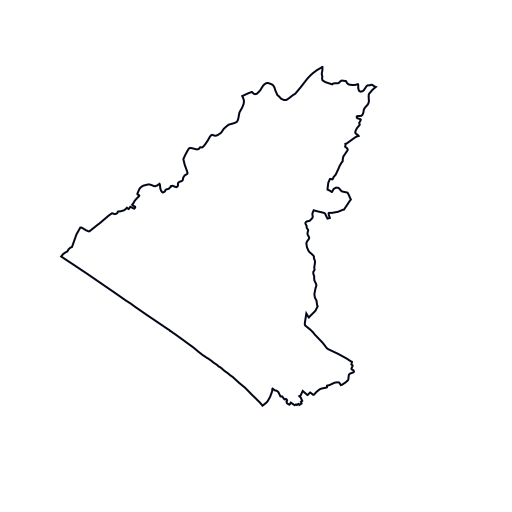 outline of Thang Binh, Quàng Nam, Vietnam, rotated 156°
{"feature_id": "81297802B72056692107631", "entity_name": "Thang Binh", "entity_type": "district", "adm_level": 2, "iso_a3": "VNM", "parent_name": "Vietnam", "parent_adm1": "Quàng Nam", "projection": "mercator", "projection_center": [108.347, 15.708], "detail": "fine", "context": "isolated", "style": "outline", "palette": "ink", "viewbox_px": 512, "rotation_deg": 156, "n_neighbors": 0, "source": "geoboundaries", "source_scale": "gbopen_adm2", "svg_char_len": 6085}
<svg xmlns="http://www.w3.org/2000/svg" viewBox="0 0 512 512"><g transform="rotate(156 256 256)"><path d="M211.4,120.3L212.6,121.8L215.0,125.6L220.8,133.2L228.1,141.7L228.8,143.0L230.4,149.6L234.3,160.4L234.9,163.0L236.3,166.6L238.9,171.6L239.3,172.5L239.3,173.4L238.6,175.0L233.4,183.0L232.8,178.3L232.6,178.3L231.6,178.9L224.9,181.4L223.6,182.1L220.1,185.0L220.1,186.4L218.9,190.7L219.1,194.0L218.4,196.8L218.0,197.7L214.7,202.4L212.9,204.4L212.6,205.2L212.5,206.4L212.6,209.8L211.8,212.4L211.1,213.7L211.0,215.6L210.6,217.2L210.0,218.3L208.4,219.3L207.9,220.1L207.5,221.8L204.5,226.4L204.0,228.7L204.1,230.1L203.3,232.0L203.4,232.9L204.1,234.7L205.5,237.7L205.9,239.2L205.9,243.2L204.9,246.9L204.4,247.7L202.9,248.9L201.0,249.9L200.1,250.9L199.9,251.4L200.1,254.5L200.0,255.2L199.4,256.3L197.8,258.4L197.8,259.0L198.2,261.2L197.5,263.0L197.7,264.9L197.6,265.7L197.4,266.1L196.6,266.7L195.2,266.9L193.3,266.4L192.5,266.4L190.3,267.2L189.1,267.8L188.5,268.3L188.1,269.1L187.5,271.2L187.1,272.0L184.7,274.3L182.5,272.4L177.3,268.5L176.2,267.5L175.7,266.7L175.5,261.1L173.1,260.7L172.7,264.4L172.2,265.6L171.8,265.7L168.8,264.4L162.9,263.0L158.0,262.9L156.8,262.6L151.5,265.9L148.8,267.7L146.4,269.0L146.4,274.3L146.5,276.0L146.8,276.8L151.2,280.0L151.6,280.7L152.6,283.9L153.3,285.0L155.2,285.9L157.7,285.7L160.6,283.6L160.8,283.7L161.9,285.6L163.6,287.5L163.5,288.0L160.1,293.6L157.1,296.3L156.6,296.1L155.1,294.9L154.9,294.9L152.9,296.6L150.1,297.9L144.6,302.7L143.2,304.1L139.9,306.5L138.3,307.3L137.1,309.6L135.7,311.4L129.4,315.3L128.9,316.0L129.0,317.5L129.9,319.0L130.1,319.6L128.9,321.4L128.7,322.1L127.4,321.9L117.9,323.9L116.3,324.1L115.5,324.2L113.4,323.9L113.4,324.3L114.8,326.9L115.2,328.0L114.9,328.9L113.5,330.4L111.8,331.7L108.0,333.6L107.8,333.8L107.7,335.2L107.5,335.7L105.5,337.2L105.0,337.7L104.8,338.1L105.2,338.8L106.9,340.1L107.4,340.7L107.6,341.3L107.2,342.5L106.6,342.6L102.7,341.2L101.5,341.6L100.2,342.7L99.2,343.9L98.3,345.4L97.1,346.6L95.1,347.7L92.7,348.7L91.4,349.6L90.0,351.2L88.2,355.9L87.4,357.5L86.7,358.2L82.3,360.3L79.7,361.2L77.8,361.7L78.7,362.6L79.8,364.4L80.5,365.3L81.2,365.6L82.8,365.7L84.7,366.5L85.4,366.4L86.4,365.9L90.1,363.6L91.1,363.3L92.3,363.3L93.8,363.7L94.6,364.9L94.7,365.6L94.3,367.8L93.0,370.8L92.9,371.3L93.1,371.6L95.7,371.9L98.2,372.9L100.9,374.5L101.7,375.2L102.4,376.6L102.7,379.2L106.3,381.4L107.3,381.4L109.8,380.5L110.3,380.4L111.1,380.6L114.1,381.9L115.6,382.1L116.6,381.8L122.0,386.7L122.6,387.6L123.6,389.2L123.8,389.8L123.4,391.4L122.4,393.0L122.0,395.2L121.7,395.9L119.5,399.2L118.7,401.2L117.9,402.1L119.3,401.6L124.8,401.0L129.6,399.9L132.7,398.9L136.8,397.2L146.9,391.8L153.7,388.5L154.3,388.2L156.5,388.0L162.2,386.6L164.8,386.2L166.4,386.9L167.4,387.5L169.1,389.5L170.1,392.5L171.0,394.2L171.0,399.1L170.6,402.6L170.9,404.6L171.1,405.4L172.1,406.7L174.2,408.8L175.1,409.4L176.9,409.7L179.2,409.2L180.9,408.3L184.8,405.6L189.0,403.9L190.4,404.0L191.4,404.5L192.2,405.4L193.0,407.5L193.3,407.6L197.0,407.8L203.5,407.7L203.5,404.9L203.9,402.8L204.3,401.8L205.6,399.8L208.3,397.2L212.8,393.8L216.3,388.7L217.7,387.2L218.8,386.4L220.7,386.2L222.9,386.4L227.6,387.1L230.4,386.4L233.7,385.3L237.7,382.8L240.9,382.2L242.3,382.1L243.7,382.2L244.5,382.5L246.8,384.5L247.7,384.6L249.5,383.8L253.1,381.1L256.5,379.0L258.5,377.9L260.6,377.1L261.4,377.2L262.6,378.0L262.9,378.0L264.7,377.1L266.4,377.3L267.2,377.8L271.0,380.8L272.3,381.5L273.1,381.6L273.8,381.3L275.8,380.0L279.5,377.1L282.4,374.6L283.0,373.9L284.0,368.5L284.5,361.7L284.8,359.7L285.1,359.2L285.9,358.9L288.5,358.6L290.7,357.1L291.9,355.3L292.8,354.8L293.3,354.7L295.9,354.9L297.4,354.4L297.8,354.0L298.7,352.0L299.3,351.6L300.4,351.2L301.8,352.1L303.5,354.0L305.1,354.5L305.5,354.4L306.0,353.6L306.9,353.5L308.4,352.9L311.1,353.3L311.9,353.1L312.9,352.1L313.8,351.9L315.3,351.9L315.9,352.9L316.1,353.7L316.0,356.4L314.7,360.5L314.8,361.2L317.5,360.6L319.8,360.8L320.5,361.1L323.2,363.9L324.8,365.0L325.7,365.3L328.0,365.7L330.5,366.1L331.5,366.0L333.9,365.4L335.2,364.7L339.0,361.2L339.2,360.8L339.1,360.3L338.1,359.1L338.1,358.6L338.6,358.2L342.7,356.6L344.6,355.6L346.4,354.2L348.2,353.3L348.3,352.8L346.4,350.2L346.6,349.5L347.6,348.9L348.1,348.8L350.8,352.1L353.1,350.7L353.3,350.7L354.3,352.6L356.2,351.8L357.9,351.5L359.7,351.6L361.8,352.0L363.8,352.7L364.1,352.7L365.2,351.7L366.3,351.5L367.3,351.5L368.1,351.8L370.1,353.6L370.4,353.6L374.2,352.8L386.1,349.3L387.7,349.0L398.1,346.3L398.9,346.6L400.8,348.6L403.1,352.0L404.3,353.3L405.0,353.4L411.3,348.7L420.4,339.1L422.2,339.1L424.4,338.4L426.5,336.9L428.2,336.8L431.2,336.3L434.2,334.8L417.9,309.1L398.6,277.6L392.9,268.1L390.0,263.8L387.1,258.7L380.1,247.2L366.1,224.7L365.2,223.6L365.1,222.6L364.6,222.2L361.5,217.1L350.2,197.5L347.6,192.1L344.6,186.5L343.7,185.4L343.2,184.2L341.5,181.9L339.2,178.1L338.4,176.3L335.6,171.9L335.5,171.3L335.2,170.5L333.7,168.6L331.4,163.6L329.7,160.9L328.0,157.4L326.5,155.0L323.1,147.1L319.6,140.2L316.2,131.0L313.8,125.1L313.2,123.3L312.3,121.3L310.9,116.6L306.6,117.7L305.0,118.3L302.9,119.7L300.3,121.7L296.4,125.7L295.9,126.4L295.2,127.9L294.8,128.1L293.3,125.4L292.1,124.7L291.1,123.1L290.9,122.1L290.8,117.8L290.6,117.6L289.5,117.3L289.2,117.0L288.5,114.0L288.3,113.4L286.9,113.3L286.6,113.0L286.2,111.6L286.5,111.1L287.3,110.8L287.6,109.2L287.4,108.5L286.9,107.8L286.0,106.6L285.4,106.8L283.8,107.9L281.4,104.0L279.8,104.1L279.3,103.3L277.8,103.6L277.3,103.6L277.0,102.3L274.4,102.7L274.3,104.5L272.7,104.8L272.7,108.6L273.4,110.3L272.7,110.3L271.9,110.5L268.2,113.7L265.7,108.3L265.4,108.0L262.2,109.3L261.9,109.2L260.3,106.0L259.9,105.8L259.3,105.8L255.9,107.3L252.4,108.2L251.1,108.4L249.5,108.1L244.9,107.1L244.6,107.2L243.9,108.6L243.6,108.7L242.4,108.3L241.0,108.2L235.9,108.3L233.8,107.8L231.9,106.9L231.4,106.4L231.0,103.5L229.7,103.4L225.6,104.1L222.5,105.1L221.7,105.9L220.3,108.4L219.8,109.2L219.1,109.9L218.2,110.2L217.4,110.3L215.0,110.1L214.2,110.1L213.9,110.2L213.5,110.7L213.4,111.8L214.7,113.5L214.7,114.1L214.0,114.9L212.7,116.0L212.3,116.6L212.3,116.9L213.0,118.0L211.4,120.3Z" fill="none" stroke="#020617" stroke-width="2"/></g></svg>